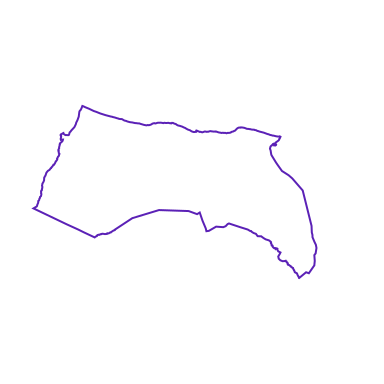 Ningo/prampram, Greater Accra, Ghana, rotated 209°
{"feature_id": "2480657B81968156308620", "entity_name": "Ningo/prampram", "entity_type": "district", "adm_level": 2, "iso_a3": "GHA", "parent_name": "Ghana", "parent_adm1": "Greater Accra", "projection": "robinson", "projection_center": [0.183, 5.814], "detail": "fine", "context": "isolated", "style": "outline", "palette": "violet", "viewbox_px": 384, "rotation_deg": 209, "n_neighbors": 0, "source": "geoboundaries", "source_scale": "gbopen_adm2", "svg_char_len": 6004}
<svg xmlns="http://www.w3.org/2000/svg" viewBox="0 0 384 384"><g transform="rotate(209 192 192)"><path d="M56.6,168.7L53.3,177.1L50.4,177.6L49.5,186.6L49.4,187.0L51.2,191.2L54.4,196.1L54.1,198.2L56.0,203.4L58.1,205.9L60.8,207.8L64.7,210.9L65.8,212.8L67.6,214.7L71.0,220.3L95.9,247.0L110.9,252.5L115.6,253.5L120.4,253.8L123.5,254.0L129.8,257.0L132.8,258.5L139.7,262.4L140.5,262.9L141.1,263.5L143.5,266.6L144.2,267.1L144.8,267.7L145.3,269.5L145.3,270.2L144.6,272.2L144.5,272.6L144.5,273.1L144.2,273.5L144.0,273.3L143.4,273.2L142.8,273.4L142.5,273.4L142.2,273.2L142.3,272.8L141.6,273.1L141.3,273.8L141.3,274.0L141.4,274.3L141.6,274.4L142.4,274.3L142.7,274.2L143.0,274.3L143.0,274.9L142.8,275.8L141.7,278.1L141.2,279.3L141.2,279.6L141.2,279.8L141.3,280.6L141.4,280.8L141.2,281.2L141.4,283.2L142.3,283.2L142.9,282.6L143.6,282.2L145.5,281.5L148.1,280.8L148.9,280.4L150.1,280.2L151.2,279.8L153.1,279.6L154.0,279.3L158.0,278.7L162.2,277.6L164.0,277.3L164.4,277.1L165.9,277.1L167.3,276.6L167.9,276.6L168.8,276.1L170.5,275.4L171.6,275.2L172.3,274.8L172.9,274.7L174.5,273.9L177.3,273.5L179.3,272.8L180.2,272.4L180.5,272.0L180.8,272.0L180.9,271.8L181.2,271.7L181.4,271.5L182.1,271.2L182.8,270.4L183.3,269.5L183.6,268.5L183.9,267.3L184.0,267.0L184.3,266.2L184.8,265.8L185.1,265.2L185.5,264.7L186.2,264.1L186.7,263.6L186.7,263.3L186.9,262.9L187.4,262.3L188.5,261.5L189.5,261.0L190.0,260.4L190.3,260.1L191.4,259.9L191.9,259.7L192.7,259.1L193.5,258.9L194.3,258.4L194.7,258.0L195.3,257.8L195.8,257.7L196.3,257.5L196.7,257.4L197.0,257.2L198.8,256.8L199.9,256.7L200.3,256.3L200.9,256.3L202.0,255.5L202.7,255.2L204.4,254.5L205.2,254.3L206.1,253.6L207.2,252.4L208.0,252.1L208.6,251.6L209.6,251.4L210.4,250.9L210.8,250.4L211.8,249.3L212.1,249.1L213.2,248.9L213.9,248.7L214.3,248.3L214.6,248.3L217.7,248.0L218.0,247.9L218.0,247.6L217.9,247.6L217.5,246.7L219.3,245.4L220.3,245.1L221.3,244.9L222.5,244.9L223.8,245.0L225.9,244.6L228.0,244.6L229.0,244.7L230.4,244.5L232.5,244.4L233.8,244.1L234.5,244.0L236.5,243.4L238.1,243.4L239.1,243.6L240.7,243.2L241.8,243.2L242.1,243.2L243.1,242.7L243.2,242.1L243.7,241.8L244.5,241.7L244.8,241.4L246.3,241.0L247.4,240.2L248.5,239.6L249.8,239.1L250.5,238.3L251.9,237.9L253.3,237.3L253.7,237.0L255.6,235.9L257.1,234.3L257.6,234.1L257.8,234.0L258.2,234.0L259.1,233.3L259.9,232.4L260.1,231.8L260.8,230.8L262.0,229.6L262.3,229.4L263.1,229.2L263.9,228.4L264.4,228.1L266.6,227.4L270.2,226.6L271.5,226.4L272.3,225.9L273.9,225.3L275.2,224.7L276.8,224.2L277.9,223.9L279.1,223.4L280.1,223.0L282.9,222.3L283.8,222.3L285.5,221.8L286.4,221.7L288.4,221.8L288.8,221.7L290.4,220.9L291.7,220.5L292.3,220.5L292.8,220.3L295.8,219.7L297.9,219.1L298.4,219.1L299.4,218.7L304.9,217.3L310.4,216.2L314.5,215.7L317.2,215.2L322.4,214.9L326.5,214.4L328.5,214.3L329.6,214.1L329.2,211.3L329.2,209.4L329.4,209.1L329.5,208.6L329.5,208.3L329.4,207.5L327.6,203.0L327.0,199.2L326.9,196.6L326.5,195.1L326.4,193.7L326.3,191.9L326.4,191.3L327.4,187.2L327.5,186.0L327.9,184.8L327.4,182.8L327.4,182.1L327.5,181.9L330.4,180.4L332.6,180.6L333.1,181.2L333.4,180.8L334.1,179.5L334.6,178.9L334.6,178.1L333.9,177.9L333.6,177.2L333.4,177.2L333.1,176.6L332.6,174.7L332.0,174.1L331.8,174.4L330.3,175.3L330.0,174.2L330.0,173.7L330.3,172.5L331.1,170.4L331.0,170.2L330.7,169.9L330.7,169.6L330.6,169.4L330.7,169.2L330.4,168.7L329.9,166.6L329.6,166.2L329.4,165.9L329.4,165.1L329.3,164.1L328.8,163.9L328.8,163.3L328.8,163.1L328.1,162.7L327.8,162.1L327.4,161.5L326.7,161.3L326.4,161.1L326.3,160.3L326.3,159.8L326.1,159.6L326.0,159.2L326.0,158.9L326.3,157.8L326.2,157.0L326.2,156.2L326.0,155.9L326.1,155.7L325.7,155.3L325.6,155.0L325.8,152.9L326.0,152.7L325.8,150.9L325.9,149.0L326.0,148.7L326.4,148.6L326.5,146.4L326.7,146.1L326.9,145.0L326.8,144.6L327.1,144.3L327.3,142.6L327.4,142.2L328.3,140.6L328.7,138.4L328.1,135.1L328.3,134.3L328.2,133.5L328.1,133.2L328.2,132.8L327.0,130.4L326.8,128.4L326.9,126.8L326.4,125.6L326.4,125.2L326.2,124.7L325.8,124.4L325.3,123.9L325.2,123.4L324.9,123.0L324.7,121.8L324.5,121.4L324.3,121.2L324.2,121.1L324.5,120.1L324.2,119.6L324.2,119.1L323.6,118.3L323.4,117.7L322.8,117.3L322.5,116.6L322.1,115.1L322.5,113.9L322.2,113.2L322.2,112.9L322.1,112.7L322.2,112.4L322.2,112.0L321.9,111.3L321.8,110.8L321.8,110.4L322.1,109.5L322.0,109.3L321.7,109.0L321.3,107.8L321.1,105.6L320.8,104.9L320.8,104.4L320.8,104.1L322.7,100.8L286.0,103.0L273.3,104.0L267.0,104.3L255.1,105.1L254.7,106.3L254.1,106.9L253.9,107.2L254.0,107.6L253.8,107.7L253.7,108.6L252.9,109.4L252.4,109.5L252.2,109.8L251.7,110.6L251.3,110.7L251.0,111.3L250.6,111.4L250.4,111.8L249.9,112.2L247.9,112.9L247.1,113.4L246.6,113.9L246.3,114.4L246.0,114.2L245.9,114.3L245.9,114.8L245.6,114.8L245.4,115.0L245.2,115.1L244.6,115.7L244.5,116.0L244.4,116.2L244.3,116.5L243.9,117.0L243.8,116.9L243.4,117.2L243.2,117.9L242.2,119.9L241.1,121.2L241.3,121.5L231.5,140.2L212.1,160.2L185.7,173.7L176.8,175.1L175.3,177.8L168.9,172.0L162.3,166.8L160.4,164.7L158.4,166.2L154.1,173.4L147.6,176.4L146.0,178.4L145.3,181.2L144.4,182.4L132.8,184.6L125.0,186.2L122.0,186.1L121.4,186.5L120.2,186.1L118.2,186.0L115.8,186.4L113.2,185.2L112.7,185.4L111.6,186.0L111.2,186.1L110.1,186.8L107.1,186.4L104.6,186.3L101.3,187.0L99.1,186.7L98.6,186.5L98.4,186.3L98.4,185.7L98.1,185.4L97.2,185.0L97.0,184.7L96.8,184.3L96.5,184.0L96.2,184.2L95.9,184.0L95.5,184.1L95.0,183.3L94.6,183.1L94.3,183.1L94.0,182.9L93.0,182.7L92.5,183.0L92.4,183.2L92.1,183.3L91.8,183.0L91.4,182.7L91.3,183.0L91.3,183.3L91.2,183.3L90.9,183.2L90.2,183.3L90.4,183.7L90.4,183.8L89.8,183.8L89.6,183.1L87.8,181.9L85.3,182.0L85.2,180.4L85.3,177.4L83.8,175.7L81.6,175.1L79.2,175.4L77.5,176.5L76.7,177.3L76.0,176.8L75.6,177.0L74.8,176.4L74.6,176.3L74.3,176.4L74.0,176.2L73.6,176.1L73.5,175.5L73.1,175.0L72.7,174.9L71.7,175.2L71.0,175.0L69.9,175.1L69.6,174.7L69.0,174.6L67.9,174.6L67.4,174.3L66.8,174.5L66.2,173.8L65.6,173.6L65.0,173.0L64.6,173.0L63.8,172.2L63.2,171.7L62.7,171.8L62.3,171.6L61.6,171.8L60.6,171.7L59.9,170.9L58.9,170.3L58.6,170.0L57.9,169.8L56.8,168.7L56.6,168.7Z" fill="none" stroke="#5b21b6" stroke-width="2"/></g></svg>